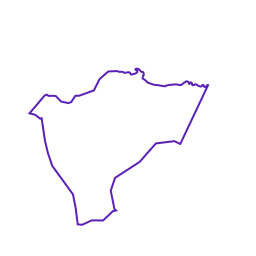 the district of Burke, Georgia, United States of America, rotated 331°
{"feature_id": "52423323B39009804461770", "entity_name": "Burke", "entity_type": "district", "adm_level": 2, "iso_a3": "USA", "parent_name": "United States of America", "parent_adm1": "Georgia", "projection": "robinson", "projection_center": [-81.796, 33.05], "detail": "fine", "context": "isolated", "style": "outline", "palette": "violet", "viewbox_px": 256, "rotation_deg": 331, "n_neighbors": 0, "source": "geoboundaries", "source_scale": "gbopen_adm2", "svg_char_len": 1679}
<svg xmlns="http://www.w3.org/2000/svg" viewBox="0 0 256 256"><g transform="rotate(331 128 128)"><path d="M37.3,187.9L41.0,190.4L51.5,191.2L61.4,196.8L74.6,193.4L77.5,194.3L76.8,192.4L82.5,174.5L92.5,165.3L121.7,163.3L144.9,155.0L162.2,162.0L166.0,167.3L218.7,129.4L218.2,129.0L217.7,128.9L216.5,129.6L216.0,129.7L215.3,129.5L214.9,129.2L214.7,128.8L214.6,128.3L214.8,127.6L214.8,127.3L214.7,126.9L214.4,126.6L214.2,126.5L213.8,126.5L213.5,126.8L213.0,127.0L212.5,127.1L211.5,126.9L210.3,125.6L209.6,124.5L209.0,123.3L207.9,122.3L207.4,122.2L206.9,122.5L206.5,122.5L205.4,122.0L205.2,121.5L205.1,121.1L205.3,120.6L205.6,120.0L205.6,119.4L205.1,118.6L204.8,118.4L204.3,118.4L203.6,119.2L203.1,119.2L202.9,119.1L202.8,118.9L202.9,118.3L203.0,117.8L203.0,117.0L202.7,116.2L202.2,115.8L201.8,115.6L201.6,115.5L201.0,115.4L197.6,115.8L196.5,116.1L195.3,116.0L194.3,115.7L191.5,113.3L185.6,110.6L182.5,109.5L181.8,109.5L181.0,109.6L180.7,109.5L177.8,107.4L176.1,105.9L171.5,102.6L168.9,99.7L167.0,97.5L166.7,95.8L166.2,94.4L164.8,91.7L166.4,89.6L167.1,89.5L167.6,89.2L168.4,86.8L168.4,86.7L168.1,86.1L167.3,85.7L166.9,85.2L165.9,81.8L165.6,81.3L164.4,80.3L163.4,80.1L163.0,80.3L162.8,80.7L163.7,82.0L163.6,83.0L163.3,83.5L162.0,83.9L160.7,83.9L157.1,83.0L156.7,82.7L156.5,82.4L156.5,80.8L156.1,79.9L155.6,79.6L153.8,78.8L151.8,78.2L151.0,76.9L150.9,76.9L149.7,75.7L147.5,74.6L146.2,73.0L138.2,69.0L126.9,71.4L116.4,78.6L101.0,76.1L97.5,74.3L90.9,77.8L87.9,77.3L82.3,72.4L80.3,65.0L77.7,63.3L74.1,61.4L73.0,59.4L70.8,59.2L49.0,67.4L53.2,71.4L55.7,77.3L57.2,77.5L49.1,99.2L45.8,111.2L43.4,124.5L47.7,159.4L43.2,173.2L37.3,187.9Z" fill="none" stroke="#5b21b6" stroke-width="2"/></g></svg>